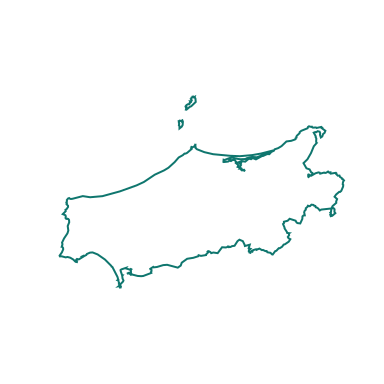 Rosslare Lea-5, Wexford, Ireland, rotated 158°
{"feature_id": "5873133B47995310482599", "entity_name": "Rosslare Lea-5", "entity_type": "district", "adm_level": 2, "iso_a3": "IRL", "parent_name": "Ireland", "parent_adm1": "Wexford", "projection": "equal_earth", "projection_center": [-6.602, 52.227], "detail": "fine", "context": "isolated", "style": "outline", "palette": "teal", "viewbox_px": 384, "rotation_deg": 158, "n_neighbors": 0, "source": "geoboundaries", "source_scale": "gbopen_adm2", "svg_char_len": 6022}
<svg xmlns="http://www.w3.org/2000/svg" viewBox="0 0 384 384"><g transform="rotate(158 192 192)"><path d="M140.6,103.8L137.0,106.0L135.8,105.9L132.6,107.4L131.8,107.0L129.0,107.5L126.7,108.9L125.5,108.7L120.9,109.7L118.5,111.4L119.8,113.0L120.0,114.4L118.1,115.6L117.8,117.3L117.3,117.4L119.1,118.4L119.0,119.6L119.8,123.5L119.5,124.5L119.6,128.2L118.4,128.7L117.9,130.0L114.1,129.5L111.5,130.6L106.7,126.6L106.5,124.7L105.9,123.7L103.4,122.3L99.8,125.7L98.7,128.0L97.4,128.5L96.2,128.1L95.6,131.2L94.5,132.4L93.1,133.0L92.6,134.3L90.8,134.9L89.0,136.4L89.4,135.7L88.9,135.0L87.9,134.7L86.0,135.5L84.2,134.5L83.9,133.5L82.9,132.9L83.0,131.5L82.3,131.1L81.2,129.5L80.4,127.0L78.8,127.3L68.9,124.5L66.9,126.3L62.3,127.9L61.9,129.2L60.1,131.1L61.6,134.2L59.3,135.7L55.4,137.0L54.7,136.6L53.2,137.1L49.9,140.4L49.1,141.9L49.4,142.6L48.6,144.1L47.5,145.5L46.8,145.7L47.1,147.1L47.9,147.7L47.9,148.8L49.1,150.4L49.1,152.0L50.7,152.5L51.6,154.7L51.1,155.2L51.4,155.9L56.6,157.1L56.8,157.5L56.3,158.4L57.8,158.9L58.2,160.0L60.1,159.6L61.5,159.8L62.2,160.5L66.3,161.0L66.3,162.0L67.4,162.8L70.5,163.1L75.3,162.4L76.7,163.1L77.5,164.2L78.0,163.4L77.6,162.5L79.2,161.9L77.9,162.6L78.3,163.2L77.9,164.3L77.1,164.4L76.5,163.3L75.1,162.9L73.5,163.6L73.2,164.6L74.1,165.5L74.5,168.9L77.0,171.1L77.8,177.0L72.7,179.1L67.1,183.5L61.9,188.8L58.1,190.7L58.3,190.9L57.9,192.5L56.7,195.0L56.8,196.7L56.4,197.3L56.9,201.4L55.2,201.4L54.5,200.9L52.7,201.3L51.1,200.1L51.1,198.5L51.9,197.1L52.1,194.3L50.4,194.7L48.8,196.6L46.9,197.2L45.4,198.8L48.2,203.3L47.4,203.2L47.7,203.9L52.5,204.7L52.9,205.4L55.8,206.4L56.5,207.2L56.4,207.6L57.9,208.2L58.9,209.1L60.0,208.9L61.0,207.8L67.7,207.8L69.7,207.2L70.3,206.2L73.7,204.9L74.6,204.1L74.7,203.3L75.9,203.0L76.1,202.3L76.9,202.1L80.9,202.3L85.5,203.5L91.8,201.0L95.7,200.4L99.4,200.6L100.6,199.6L103.5,199.4L106.1,198.1L108.1,199.0L112.5,198.8L113.7,199.1L120.5,198.3L123.0,200.7L125.0,200.3L125.8,201.1L127.4,201.4L131.3,200.2L134.4,202.0L138.5,202.2L136.8,200.8L136.1,201.3L135.3,200.8L136.9,199.2L136.5,198.6L138.1,197.4L138.0,195.7L138.3,195.6L137.4,195.3L137.0,193.4L135.4,193.1L135.1,191.5L135.8,192.4L135.7,193.0L137.6,193.3L138.1,194.3L137.6,195.1L138.9,195.7L139.5,197.6L140.3,198.2L138.9,199.5L140.6,202.6L139.8,203.5L140.5,205.6L142.2,206.5L144.3,206.1L145.4,207.0L147.2,206.7L151.4,207.9L151.6,208.1L150.6,210.1L149.9,209.5L144.5,209.4L141.8,208.8L139.0,206.9L139.3,206.8L135.0,204.3L130.3,202.6L128.4,202.8L122.7,201.8L118.9,199.9L111.1,199.8L110.5,200.3L106.8,199.6L105.6,198.8L103.8,199.9L100.9,200.1L113.6,201.8L122.5,203.7L134.3,207.3L143.3,211.4L158.2,219.1L165.6,224.3L171.4,229.8L172.2,231.4L171.9,232.4L172.0,232.3L172.5,232.0L172.1,232.2L172.7,233.0L171.2,234.3L171.4,234.6L172.8,233.4L174.2,233.3L175.0,233.3L175.6,234.1L176.4,234.3L175.7,234.0L175.2,233.1L176.1,232.5L176.6,233.9L176.3,232.0L181.9,230.1L183.6,230.0L184.6,230.4L186.7,229.6L191.4,229.0L196.9,226.2L204.8,223.3L209.8,222.5L220.0,222.0L232.9,219.3L240.9,218.9L258.7,219.6L276.6,221.7L288.4,225.3L294.8,229.1L305.4,230.5L306.9,230.9L307.9,231.7L308.2,232.4L309.4,232.4L311.1,231.4L311.3,230.5L312.5,229.2L312.1,228.5L312.9,227.7L312.1,225.7L312.5,224.6L314.7,223.1L316.0,222.9L316.3,221.5L320.1,219.9L318.1,217.9L318.1,216.8L319.0,215.3L318.5,214.1L318.8,213.3L318.2,214.2L317.6,214.0L316.8,213.3L316.5,212.1L317.2,209.9L320.0,207.0L321.1,202.6L323.0,200.3L328.0,196.9L331.5,193.7L331.6,192.2L332.7,190.8L332.0,190.9L333.2,190.0L332.5,188.4L332.9,187.1L335.2,184.8L338.6,182.6L338.6,181.8L336.8,181.1L333.6,178.7L331.8,178.4L329.5,176.7L327.4,173.9L326.1,170.9L324.2,169.6L326.1,171.4L324.9,172.4L323.7,171.1L324.8,172.4L323.7,173.0L322.2,171.9L316.3,172.9L317.7,172.8L317.5,173.0L317.9,173.4L316.3,173.5L316.0,173.0L313.6,173.2L312.7,173.9L309.3,174.0L306.8,173.2L302.9,169.5L298.0,162.0L294.5,153.7L294.5,152.9L293.9,152.3L292.9,141.1L293.2,138.7L293.9,138.3L293.2,138.0L293.7,136.4L293.6,135.4L294.2,134.3L294.0,134.0L294.5,132.4L295.4,132.1L294.5,131.9L294.6,130.4L293.9,130.2L293.3,131.1L293.6,131.7L293.2,133.2L289.5,134.8L288.7,135.6L288.8,137.8L288.1,140.5L287.5,140.8L288.0,141.1L287.7,145.9L287.4,146.5L286.3,146.7L281.7,146.4L282.2,146.1L278.8,143.4L277.6,143.6L277.3,143.2L277.7,143.1L278.7,140.3L279.4,139.8L278.5,138.4L279.7,139.5L278.8,140.5L278.0,143.1L278.9,140.4L279.5,139.9L281.1,140.8L283.0,140.6L281.5,140.5L280.0,139.1L279.8,138.2L278.3,137.8L273.8,134.5L270.7,133.0L268.7,132.4L260.0,132.2L260.0,133.2L259.2,133.8L258.7,135.0L258.9,135.6L259.5,135.9L259.5,136.4L256.0,137.1L255.8,136.5L252.6,135.6L246.1,135.0L242.3,133.8L233.5,127.2L230.0,128.0L228.0,130.3L221.5,131.9L215.5,130.5L210.3,130.1L209.6,130.9L207.6,129.4L202.7,128.3L202.6,128.7L199.6,130.0L199.9,130.9L199.5,131.1L198.7,130.9L197.4,129.3L197.1,128.1L194.9,127.9L191.1,125.7L184.8,129.5L181.4,127.9L179.2,127.7L179.0,128.0L178.4,127.7L178.5,127.1L176.9,126.6L175.2,126.8L172.7,126.2L168.2,129.4L165.9,130.0L163.3,127.4L163.0,123.5L163.2,122.1L158.2,121.5L160.5,118.6L159.1,117.4L161.0,116.8L161.6,115.6L160.9,114.9L161.3,114.3L160.6,113.7L159.0,115.0L158.3,114.1L157.2,115.2L154.6,115.0L153.6,114.7L153.7,114.2L150.7,114.3L148.9,111.9L147.9,111.7L146.1,109.7L144.9,109.3L144.7,107.9L142.0,106.2L141.2,104.2L140.6,103.8ZM154.8,274.1L153.8,277.4L153.9,278.2L154.4,278.6L153.9,279.2L154.8,279.1L155.0,280.0L155.7,280.2L155.9,279.7L157.1,279.7L157.6,278.6L158.2,278.6L158.0,276.9L158.9,276.4L159.8,276.8L159.6,275.7L160.7,275.6L161.0,274.8L161.9,274.4L162.6,274.9L164.4,274.7L165.8,273.9L165.3,272.9L166.0,272.6L165.9,271.9L166.8,270.7L166.3,270.4L162.1,271.8L160.6,271.8L154.8,274.1ZM68.9,124.5L70.9,121.0L71.5,121.0L71.3,119.1L72.3,119.1L72.4,117.6L70.9,117.4L67.0,118.7L67.4,120.2L66.3,122.6L66.8,124.0L68.9,124.5ZM174.1,261.7L174.8,261.4L174.7,262.0L175.6,261.8L176.5,262.8L177.8,262.7L177.8,261.7L178.3,261.1L178.2,260.2L179.2,258.7L178.9,257.8L179.8,255.6L177.1,256.4L175.6,257.6L174.1,260.6L174.1,261.7ZM145.4,208.2L145.1,207.2L143.8,207.1L144.1,207.8L145.4,208.2Z" fill="none" stroke="#0f766e" stroke-width="2"/></g></svg>